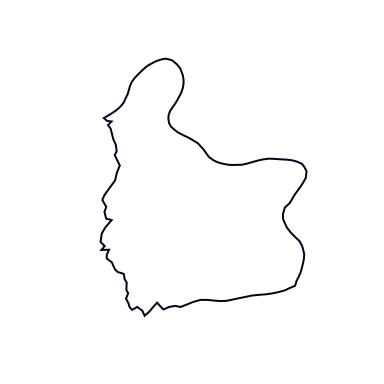 the district of Vicente Dutra, Rio Grande do Sul, Brazil, rotated 61°
{"feature_id": "56859067B48112165270880", "entity_name": "Vicente Dutra", "entity_type": "district", "adm_level": 2, "iso_a3": "BRA", "parent_name": "Brazil", "parent_adm1": "Rio Grande do Sul", "projection": "natural_earth1", "projection_center": [-53.396, -27.166], "detail": "fine", "context": "isolated", "style": "outline", "palette": "ink", "viewbox_px": 384, "rotation_deg": 61, "n_neighbors": 0, "source": "geoboundaries", "source_scale": "gbopen_adm2", "svg_char_len": 1952}
<svg xmlns="http://www.w3.org/2000/svg" viewBox="0 0 384 384"><g transform="rotate(61 192 192)"><path d="M249.1,111.9L244.7,104.6L241.6,98.1L238.9,92.4L234.9,85.7L229.3,81.7L224.1,81.6L220.5,82.3L216.6,85.2L212.7,89.2L209.4,93.8L205.2,100.5L202.9,104.0L200.1,108.6L198.0,113.9L196.6,118.5L195.1,124.6L193.6,131.1L192.3,135.2L190.2,139.3L188.0,143.5L185.6,147.3L181.4,152.2L178.3,155.3L174.7,157.8L169.7,160.2L165.6,160.7L160.3,161.3L152.3,163.2L147.5,165.9L142.5,168.9L137.2,172.7L132.5,175.7L128.1,177.5L124.6,178.7L120.8,178.7L116.4,177.1L113.2,175.0L110.5,171.8L108.4,167.7L106.1,163.0L104.0,159.5L100.1,153.5L96.5,149.5L92.9,146.7L89.6,144.9L84.8,143.3L78.3,142.4L73.0,143.3L67.0,145.6L62.6,150.4L60.9,155.6L60.1,160.7L60.0,166.2L60.1,170.6L61.1,175.0L62.4,180.1L64.4,186.6L66.6,191.5L69.7,195.3L75.1,200.7L78.1,204.9L80.8,208.5L82.7,213.5L83.9,219.1L84.4,225.7L84.6,233.3L88.8,231.7L91.3,228.2L92.8,233.1L97.1,232.4L107.5,235.2L114.0,235.8L119.9,238.2L122.3,241.7L126.0,241.9L133.8,242.3L138.7,248.3L144.6,253.7L152.1,269.8L155.5,274.3L163.4,274.2L167.0,278.2L173.6,280.0L177.6,275.9L181.0,285.1L184.7,291.2L191.4,296.2L196.9,294.6L198.8,299.3L202.3,292.5L205.5,296.9L208.8,298.8L214.7,296.2L222.2,296.9L225.9,295.8L230.5,291.4L235.8,293.2L239.5,293.0L245.8,296.9L249.6,296.9L253.2,301.4L258.4,301.5L262.5,302.4L266.1,301.5L265.9,295.6L271.8,293.0L277.3,293.4L275.8,287.0L273.4,280.7L271.9,276.1L276.8,275.1L280.9,273.9L281.5,267.7L283.4,262.0L287.0,257.8L287.8,252.0L288.7,244.5L290.5,236.8L294.1,230.5L297.7,225.3L301.0,220.3L303.7,215.1L305.4,209.9L307.3,203.6L308.6,199.5L310.0,195.1L311.6,189.8L314.8,182.4L317.3,177.0L319.3,171.8L321.1,166.2L323.1,158.3L323.3,153.8L324.0,147.3L320.4,143.6L318.1,140.1L314.9,135.9L310.2,131.3L305.2,126.9L301.0,124.1L296.3,122.7L292.4,121.8L287.0,121.8L280.7,123.8L275.3,125.3L269.2,126.2L265.0,126.0L260.0,125.5L255.4,123.2L250.6,118.3L249.1,111.9Z" fill="none" stroke="#020617" stroke-width="2"/></g></svg>